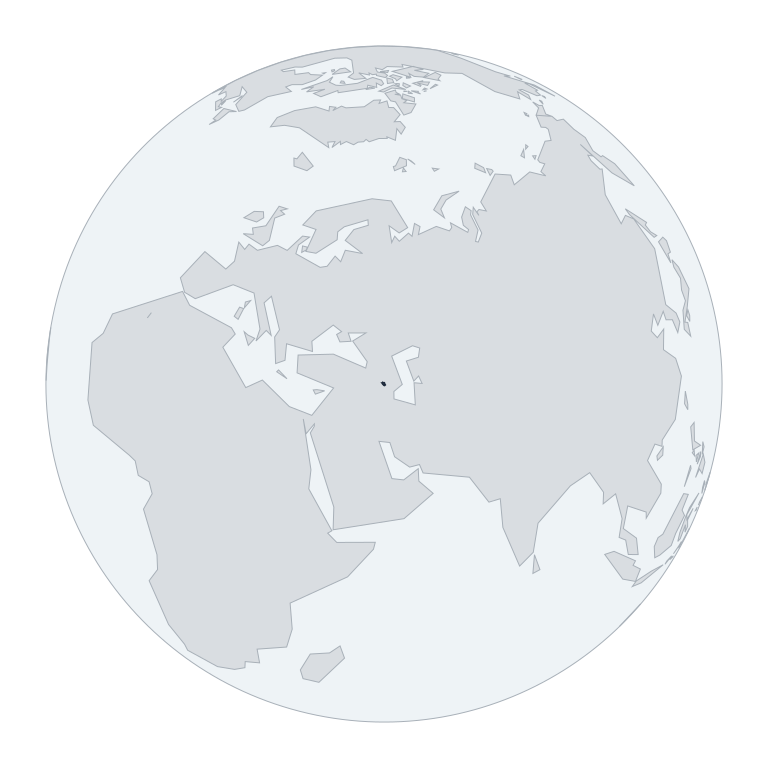 Laçın on an orthographic globe, rotated 13°
{"feature_id": "AZE-1735", "entity_name": "Laçın", "entity_type": "District", "adm_level": 1, "iso_a3": "AZE", "parent_name": "Azerbaijan", "parent_adm1": "", "projection": "orthographic", "projection_center": [46.402, 39.698], "detail": "fine", "context": "on_globe", "style": "filled", "palette": "slate", "viewbox_px": 768, "rotation_deg": 13, "n_neighbors": 0, "source": "natural_earth", "source_scale": "10m", "svg_char_len": 11331}
<svg xmlns="http://www.w3.org/2000/svg" viewBox="0 0 768 768"><g transform="rotate(13 384 384)"><circle cx="384" cy="384" r="338" fill="#eef3f6" stroke="#a8b0b8"/><path d="M350.4,47.8L354.1,47.4L361.1,46.9L385.5,49.2L422.4,54.7L437.9,55.6L431.5,56.8L463.4,58.9L485.9,65.1L458.1,58.9L453.4,59.1L467.5,63.2L465.7,64.4L471.5,67.3L468.2,68.7L452.2,65.9L449.7,67.0L459.9,69.9L462.9,73.8L448.4,69.2L452.2,75.7L426.2,74.1L390.2,63.8L373.3,67.2L329.7,68.6L331.2,70.9L315.6,74.0L311.6,78.1L304.6,78.0L307.4,81.5L314.5,80.9L318.1,82.5L316.4,85.1L307.3,85.1L306.8,83.8L303.2,85.2L299.4,84.3L300.3,86.2L289.4,86.5L297.5,90.3L286.6,93.9L280.1,93.0L284.4,87.8L279.8,75.7L274.5,74.6L262.8,77.6L233.2,93.6L225.9,95.2L213.4,101.3L215.7,102.3L226.4,98.1L227.6,102.4L240.5,97.6L242.9,99.0L254.6,96.9L248.9,103.2L237.0,110.7L227.0,113.0L221.4,116.7L227.9,119.8L206.1,130.2L186.4,148.4L181.2,151.0L176.7,145.1L184.7,130.6L178.9,126.2L178.6,135.5L165.6,143.0L161.8,147.3L160.2,151.1L163.5,151.0L158.3,155.3L156.5,146.9L161.3,142.8L161.8,145.2L165.5,138.9L164.2,134.7L157.7,139.6L162.7,130.5L158.1,134.2L156.6,134.8L163.6,129.3L151.2,139.4L152.6,137.7L171.1,121.6L190.7,106.8L211.4,93.5L233.0,81.7L255.3,71.5L278.4,63.0L302.0,56.2L326.0,51.1L350.4,47.8ZM46.7,403.9L47.2,410.6L51.2,440.0L53.9,456.1L54.0,456.7L49.3,430.5L46.7,403.9ZM360.8,46.9L364.5,46.7L354.5,47.4L353.0,47.5L360.8,46.9ZM382.8,46.7L377.6,46.9L375.3,46.4L378.9,46.4L382.8,46.7ZM449.4,56.5L441.6,54.8L449.7,56.1L449.4,56.5ZM472.9,67.5L475.7,67.8L477.5,69.3L472.9,67.5ZM257.0,93.8L255.8,95.3L254.2,94.9L257.0,93.8ZM263.2,91.6L262.2,90.0L265.0,88.8L265.5,89.8L263.2,91.6ZM474.1,73.0L476.2,75.7L471.3,72.4L474.1,73.0ZM263.8,94.0L270.1,86.9L275.0,84.9L281.3,87.3L263.8,94.0ZM475.6,77.0L480.9,84.6L487.5,85.4L471.8,87.9L472.5,80.2L465.4,75.7L472.3,77.7L475.6,77.0ZM317.5,79.7L309.9,80.4L317.9,77.5L317.5,79.7ZM321.8,77.5L341.1,67.9L351.6,68.7L343.0,71.5L357.8,71.2L353.4,76.1L344.2,77.5L338.4,75.8L341.1,79.1L321.8,77.5ZM462.3,88.4L461.3,90.2L459.4,87.9L462.3,88.4ZM320.2,82.9L323.2,80.6L332.4,81.0L328.2,85.7L326.5,84.0L320.2,82.9ZM363.8,68.9L370.0,70.3L368.1,74.7L370.2,75.9L354.2,76.4L363.8,68.9ZM323.6,85.2L325.7,88.1L319.8,90.4L317.9,85.2L323.6,85.2ZM336.6,79.3L340.8,79.8L337.1,81.0L336.6,79.3ZM300.0,101.2L303.4,98.0L308.5,97.8L300.0,101.2ZM327.0,89.1L329.0,88.3L331.4,88.0L331.6,90.4L327.0,89.1ZM353.9,79.6L351.9,81.3L360.4,79.6L359.3,83.3L348.8,83.1L352.9,84.7L352.6,85.8L344.4,84.5L353.9,79.6ZM339.0,92.1L325.2,93.8L317.9,99.6L313.1,99.8L325.8,90.6L339.0,92.1ZM342.8,87.7L339.4,90.4L335.2,88.9L335.0,86.2L342.8,87.7ZM362.4,85.9L366.7,80.4L368.9,80.7L362.4,85.9ZM337.6,94.0L341.0,93.6L337.6,94.6L337.6,94.0ZM355.7,88.6L356.9,86.5L359.4,86.9L355.7,88.6ZM346.6,94.7L342.2,95.2L341.9,93.2L346.6,94.7ZM351.4,92.1L354.4,93.2L344.5,92.2L351.6,91.1L351.4,92.1ZM357.8,89.3L359.6,88.8L356.9,90.1L357.8,89.3ZM350.2,102.3L337.7,101.7L337.1,97.1L349.3,98.3L350.2,102.3ZM99.1,466.2L90.2,409.3L99.0,397.8L103.7,376.8L166.9,339.1L176.9,351.0L222.7,363.5L227.8,368.8L218.7,384.4L250.1,418.6L264.6,407.5L296.8,427.3L320.7,430.8L335.8,399.2L296.8,392.7L293.8,375.1L328.0,366.3L362.6,372.6L362.6,366.0L343.8,349.2L354.9,338.3L337.7,342.3L342.3,349.8L331.6,352.9L326.7,346.4L330.9,342.5L321.3,338.0L304.1,358.6L307.0,368.4L280.0,366.7L282.2,383.2L273.8,388.5L266.9,362.8L270.0,354.7L254.6,323.8L248.9,331.9L263.1,362.0L257.2,358.3L249.6,370.9L250.8,358.4L236.9,324.6L214.7,321.2L180.9,343.3L169.1,339.5L161.7,326.3L179.7,295.3L204.0,307.6L210.7,298.0L210.6,278.4L218.0,284.2L221.0,278.1L230.6,282.2L249.0,272.9L259.6,275.6L271.4,258.2L278.4,257.6L269.4,267.8L268.8,276.9L295.5,284.7L302.1,282.1L307.6,270.4L314.3,274.6L316.2,262.4L333.8,261.7L313.9,252.8L319.9,240.3L333.0,232.9L331.4,227.6L310.0,239.7L304.7,246.1L305.9,254.0L288.3,271.9L278.1,272.4L283.0,248.7L269.1,247.3L279.0,230.6L330.7,206.2L349.9,204.0L371.9,226.3L364.8,233.4L353.4,228.7L359.7,244.5L361.2,237.6L366.8,241.5L373.9,231.5L378.1,233.8L377.6,220.7L383.7,222.5L383.9,230.7L399.5,218.7L413.3,220.1L414.8,216.4L412.5,212.0L431.5,217.4L431.7,214.5L425.6,211.5L422.1,203.9L423.4,193.0L429.9,195.5L430.3,199.7L441.0,212.8L441.1,224.5L443.9,224.5L445.3,215.0L432.3,198.9L431.2,191.7L438.5,198.4L435.8,195.3L437.3,192.6L444.8,192.4L437.3,184.8L445.0,154.4L460.5,151.9L466.1,160.6L478.3,144.6L494.8,144.8L489.1,141.8L491.1,133.3L486.0,133.0L483.4,131.0L486.3,111.2L492.0,109.1L486.8,98.9L483.8,97.6L479.3,98.4L471.8,87.9L487.5,85.4L493.3,88.4L499.2,85.6L511.7,93.1L524.7,98.6L535.0,109.7L544.4,113.8L545.6,112.3L559.3,117.5L583.3,134.6L558.6,127.0L521.4,106.4L536.1,114.9L531.2,115.2L535.5,119.8L546.0,126.1L548.2,125.4L557.0,149.8L579.1,174.5L581.3,165.4L590.2,167.0L617.3,191.3L640.7,243.3L652.7,249.2L658.3,257.0L658.7,267.8L650.5,256.5L644.4,258.0L639.7,250.4L637.6,265.2L630.8,255.1L632.5,272.3L639.9,277.4L644.2,267.5L648.6,287.7L662.4,293.4L672.0,309.4L675.8,353.0L667.7,376.0L668.9,382.2L661.5,381.6L658.0,399.3L676.7,419.2L678.3,428.1L669.7,455.8L668.3,449.8L648.9,448.0L649.7,471.0L664.7,477.4L670.0,493.0L660.4,495.2L654.6,481.7L647.6,480.6L646.3,461.6L634.4,438.9L624.5,451.5L622.3,440.1L604.4,424.1L588.5,441.3L565.4,485.0L567.3,514.4L557.1,530.9L532.1,497.0L523.1,469.6L512.8,475.5L488.2,455.6L442.1,461.9L436.7,454.5L427.7,459.2L410.7,452.5L402.9,439.7L392.0,441.0L413.0,474.4L424.8,473.0L436.4,458.8L439.8,470.8L456.5,479.5L433.8,510.7L367.2,537.5L362.8,515.2L323.2,448.2L325.6,440.9L325.5,440.1L325.1,438.5L319.3,450.0L313.2,436.2L332.1,484.0L334.3,503.1L366.2,538.7L362.7,542.0L373.6,549.0L411.1,540.2L410.9,547.4L391.9,580.1L341.8,618.6L349.7,643.5L348.3,662.2L320.0,670.9L325.5,683.7L311.2,685.7L312.3,691.7L302.6,695.7L285.3,696.8L252.6,687.6L248.2,682.4L228.2,666.8L199.4,628.5L205.1,615.7L201.2,601.4L177.8,560.0L182.8,543.1L177.1,532.1L165.1,528.3L158.9,514.9L151.9,510.7L110.1,489.6L99.1,466.2ZM141.3,366.8L138.6,372.7L138.6,372.8L141.3,366.8ZM397.1,396.3L419.2,397.3L413.0,376.0L421.0,374.9L415.9,368.4L412.4,374.5L400.6,356.6L411.5,350.2L410.7,340.9L403.2,340.3L385.2,355.1L401.9,380.3L395.3,389.1L397.1,396.3ZM165.8,143.5L165.7,144.3L163.1,148.6L162.3,147.5L165.8,143.5ZM163.7,163.9L155.2,170.5L160.7,164.7L157.9,164.0L166.0,151.6L179.0,151.7L171.7,153.6L163.7,163.9ZM180.5,136.1L173.9,143.3L180.6,135.5L180.5,136.1ZM227.8,243.3L229.4,249.1L223.4,254.8L210.1,253.5L218.7,245.0L227.8,243.3ZM233.3,256.4L241.8,234.4L250.4,235.1L244.2,238.3L249.0,240.9L240.2,246.9L240.0,269.9L234.7,276.6L213.0,269.2L223.0,267.6L220.8,261.6L233.3,256.4ZM248.5,184.2L252.3,176.6L266.0,187.6L260.9,193.5L247.3,191.9L245.4,184.1L248.5,184.2ZM273.6,100.5L274.2,98.3L276.7,98.1L278.3,99.8L273.6,100.5ZM301.1,99.7L273.8,110.5L273.0,108.4L257.9,118.3L250.1,116.7L260.1,110.1L242.8,116.8L248.7,110.2L237.2,115.6L260.4,101.1L265.1,96.1L262.9,102.2L269.9,103.7L274.4,102.9L290.5,97.0L304.0,87.8L313.2,88.5L316.1,91.5L314.2,93.9L308.8,92.5L310.2,96.6L301.0,96.5L301.1,99.7ZM344.5,136.7L339.1,132.3L340.3,144.0L331.2,142.5L331.9,144.0L323.7,146.0L315.1,151.3L311.5,149.7L309.7,152.5L304.3,154.2L300.6,157.7L292.8,156.2L287.7,160.5L286.9,157.4L280.1,165.3L281.7,158.8L274.8,161.0L277.0,166.1L244.0,153.4L228.9,154.3L215.5,159.0L220.0,148.4L235.4,137.7L255.1,129.3L269.0,130.4L268.5,125.8L274.9,125.2L272.6,129.1L280.1,122.8L284.8,123.5L302.4,118.3L310.2,109.8L316.8,108.0L316.1,111.7L323.2,107.5L326.4,113.5L331.2,112.5L339.1,117.9L335.0,126.2L340.7,124.6L347.0,129.1L344.5,136.7ZM352.1,104.0L349.3,113.4L342.8,117.5L331.7,106.5L326.9,106.6L319.5,100.5L329.0,95.0L330.2,97.1L333.6,98.0L329.3,99.3L335.3,98.9L337.2,102.0L342.4,102.7L340.0,105.5L352.1,104.0ZM236.0,364.5L240.4,366.9L247.8,368.6L243.1,376.9L236.0,364.5ZM226.0,341.6L230.3,342.1L227.3,353.8L222.8,351.7L226.0,341.6ZM235.3,332.7L230.8,341.2L230.5,335.3L235.3,332.7ZM273.6,267.8L278.6,267.9L278.1,270.9L274.2,274.3L273.6,267.8ZM346.3,173.8L344.2,170.0L346.2,168.9L348.4,159.6L355.3,160.4L356.8,166.3L346.3,173.8ZM327.7,404.0L319.4,409.3L316.4,405.7L319.9,404.6L327.7,404.0ZM278.1,394.0L288.3,400.7L276.7,396.2L278.1,394.0ZM354.2,173.1L354.3,169.1L357.7,172.0L354.2,173.1ZM360.5,160.6L365.0,163.1L356.4,159.4L360.5,160.6ZM407.2,660.0L387.7,689.3L371.4,689.3L366.8,681.4L372.9,663.7L391.4,658.3L400.1,649.1L407.2,660.0ZM701.9,490.9L704.5,486.3L704.2,487.6L701.9,490.9ZM699.4,492.9L703.0,486.7L698.3,496.5L699.4,492.9ZM704.2,484.3L707.7,475.3L709.3,470.5L708.6,473.4L704.2,484.3ZM696.7,497.3L679.3,519.9L671.5,525.5L674.1,519.2L686.7,506.1L696.7,497.3ZM673.4,519.8L660.5,520.4L637.4,500.4L645.8,495.3L668.8,499.7L667.5,504.7L675.4,506.6L673.4,519.8ZM701.8,464.0L700.2,476.7L691.3,488.6L686.9,492.4L683.9,481.6L685.6,472.0L689.5,467.6L700.7,423.4L705.3,423.1L702.8,439.8L706.4,444.5L701.8,464.0ZM569.0,516.5L577.7,529.8L571.7,535.1L569.0,516.5ZM702.2,397.4L699.7,416.5L701.0,394.2L702.2,397.4ZM701.1,378.7L702.8,384.1L699.8,381.6L701.1,378.7ZM671.6,390.6L667.6,396.8L666.1,392.7L670.2,382.4L671.6,390.6ZM679.2,323.1L684.6,335.5L685.8,340.7L681.3,335.6L679.2,323.1ZM413.8,179.2L403.1,190.8L400.0,200.8L405.5,208.5L393.2,203.1L398.0,187.6L413.8,179.2ZM440.5,156.9L435.6,151.0L440.7,150.8L442.5,152.1L440.5,156.9ZM435.5,155.3L423.9,153.4L423.1,148.3L432.4,150.8L435.5,155.3ZM388.9,162.2L385.2,165.4L382.5,162.8L388.9,162.2ZM668.0,567.1L672.1,560.3L683.5,540.5L668.0,567.1ZM708.1,477.8L712.7,460.9L714.1,455.6L708.1,477.8ZM720.5,415.5L720.5,413.4L721.3,404.2L720.1,410.4L721.6,396.6L721.6,399.7L720.5,415.5ZM716.9,433.4L716.5,436.8L715.8,437.4L716.9,433.4ZM718.0,427.9L719.6,422.4L717.6,431.3L718.0,427.9ZM708.5,443.2L709.6,447.9L713.2,435.6L710.4,448.1L711.9,454.5L710.6,460.7L709.4,453.3L707.4,468.2L705.7,471.3L705.7,462.0L707.9,444.9L709.5,435.8L715.4,419.3L708.5,443.2ZM718.3,419.2L717.7,413.2L718.0,405.9L718.8,407.8L718.3,419.2ZM714.1,399.7L710.5,395.9L708.6,405.0L710.9,380.5L714.3,388.1L714.1,399.7ZM708.7,383.3L707.2,391.7L707.8,378.5L708.7,383.3ZM705.9,389.7L704.1,383.4L706.2,380.4L705.9,389.7ZM709.9,381.0L707.6,368.4L710.0,373.2L709.9,381.0ZM699.3,369.7L706.3,372.5L699.7,378.7L692.5,356.8L694.8,351.7L699.3,369.7ZM667.9,254.3L663.4,249.2L663.5,243.5L666.5,248.6L667.9,254.3ZM659.7,222.5L662.1,240.5L663.3,256.0L666.1,255.7L672.1,268.4L664.3,263.2L658.7,244.9L659.0,235.1L652.8,225.5L649.1,214.2L640.2,205.0L636.6,198.1L644.7,203.8L659.7,222.5ZM636.3,201.5L619.5,183.7L622.6,178.2L627.0,180.8L633.4,191.1L631.4,193.3L636.3,201.5ZM616.4,178.0L614.2,180.3L585.1,163.7L579.7,159.0L603.5,167.5L602.8,170.3L609.4,175.7L616.4,178.0ZM464.9,90.9L461.6,90.2L464.4,89.5L464.9,90.9ZM480.5,131.1L477.5,128.3L480.8,127.3L480.5,131.1ZM470.9,120.2L469.2,123.3L468.3,119.0L470.9,120.2ZM466.0,130.8L467.3,124.1L470.0,132.0L466.0,130.8Z" fill="#d9dde1" stroke="#a8b0b8" stroke-width="1"/><path d="M383.1,384.7L382.9,384.6L382.8,384.4L382.7,384.2L382.4,384.1L382.2,383.7L381.8,383.5L381.6,383.4L381.9,383.2L382.1,383.1L382.2,382.9L382.3,382.7L382.4,382.8L382.5,383.0L382.6,382.9L382.8,382.9L383.1,382.8L383.4,382.7L383.6,382.7L383.8,382.6L384.0,382.6L384.2,382.8L384.3,382.9L384.4,383.0L384.5,383.3L384.6,383.6L384.7,383.8L384.7,384.0L384.6,384.3L384.6,384.5L384.8,384.6L385.0,384.6L385.2,384.4L385.3,384.3L385.5,384.5L385.3,384.7L385.2,384.8L385.3,384.9L385.3,385.0L385.2,385.2L385.1,385.3L384.9,385.4L384.7,385.5L384.3,385.4L384.4,385.2L384.5,385.1L384.6,384.9L384.4,384.7L384.1,384.7L383.9,384.7L383.7,384.5L383.3,384.6L383.1,384.7Z" fill="#64748b" stroke="#1e293b" stroke-width="1.5"/></g></svg>